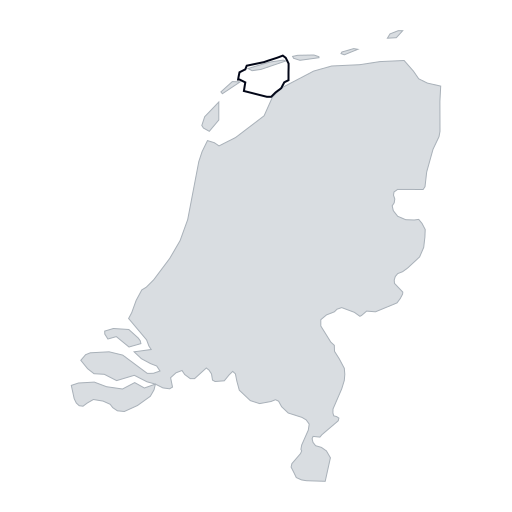 Terschelling, Netherlands (highlighted)
{"feature_id": "6326949B18188251014258", "entity_name": "Terschelling", "entity_type": "district", "adm_level": 2, "iso_a3": "NLD", "parent_name": "Netherlands", "parent_adm1": "", "projection": "mercator", "projection_center": [5.382, 53.344], "detail": "fine", "context": "in_parent", "style": "outline", "palette": "ink", "viewbox_px": 512, "rotation_deg": 0, "n_neighbors": 0, "source": "geoboundaries", "source_scale": "gbopen_adm2", "svg_char_len": 3476}
<svg xmlns="http://www.w3.org/2000/svg" viewBox="0 0 512 512"><path d="M325.2,481.3L315.4,481.0L306.3,480.7L301.5,479.9L296.3,477.6L294.0,472.8L291.1,467.1L291.9,463.6L300.5,453.6L301.7,450.9L300.9,449.4L301.7,445.0L308.3,430.1L309.2,424.1L306.2,419.9L302.0,417.4L288.2,413.0L281.6,406.7L278.6,401.2L275.5,399.7L271.0,401.5L259.6,403.6L250.3,400.6L239.3,390.2L236.8,380.9L235.4,373.8L232.7,371.4L229.0,375.0L224.3,380.8L215.1,381.5L212.5,380.1L212.0,376.9L211.5,373.9L209.0,370.1L206.3,368.0L194.6,378.6L190.2,378.6L184.7,374.5L182.0,370.5L176.0,372.8L170.6,377.7L172.5,387.1L169.6,388.8L162.9,387.9L155.4,384.1L147.0,381.8L134.3,375.3L116.6,380.6L104.3,374.3L94.0,373.7L87.6,368.7L80.8,360.3L85.6,354.7L90.3,352.8L109.1,351.8L122.7,355.1L147.3,373.4L153.4,373.3L160.0,371.0L156.7,366.0L150.5,363.6L141.4,358.7L134.1,351.8L151.2,349.5L148.9,346.0L146.6,339.9L128.6,318.5L131.7,312.7L136.2,300.3L141.8,289.9L146.3,287.2L153.7,279.8L169.8,258.3L180.1,240.6L187.7,219.6L198.8,161.6L202.1,151.6L207.5,140.6L214.3,142.7L219.0,145.9L235.6,137.5L264.1,115.8L272.5,97.0L280.8,88.3L313.6,71.1L331.7,66.0L359.7,64.7L379.9,61.6L404.1,60.5L413.4,71.1L418.7,78.8L427.4,83.1L440.7,86.1L439.9,101.3L440.0,131.3L439.0,136.7L433.0,149.3L426.7,171.9L425.0,186.7L423.1,189.5L397.6,189.4L394.0,192.0L393.5,195.2L394.8,199.0L394.2,202.8L392.2,205.8L393.3,210.7L397.7,216.3L405.7,219.7L414.3,220.0L418.7,219.4L422.0,223.4L425.2,229.5L424.9,237.1L423.7,247.4L419.6,256.9L407.9,267.8L402.6,271.7L397.7,273.6L395.3,276.5L394.2,280.1L394.5,283.4L402.8,292.1L402.6,294.1L400.2,298.6L397.0,302.9L375.5,311.8L366.6,311.1L361.5,315.5L359.9,316.3L354.3,312.3L341.7,307.6L337.0,309.2L334.4,311.8L326.5,314.9L320.8,319.7L320.8,326.0L330.8,342.1L334.3,345.3L334.5,351.3L339.3,358.9L344.3,368.3L344.8,374.3L344.3,380.4L341.7,388.9L333.0,409.0L332.9,412.9L333.7,415.8L336.6,416.6L338.9,418.1L338.2,420.8L322.0,434.6L319.9,437.1L313.1,436.4L312.1,438.7L313.0,442.4L315.6,445.7L321.4,447.4L326.4,450.9L330.4,457.8L325.2,481.3ZM155.4,384.1L154.0,389.9L150.3,396.3L137.5,405.5L124.3,411.5L117.4,410.8L112.7,407.6L110.2,404.3L103.1,401.1L93.4,399.5L87.3,403.0L83.0,406.2L79.2,405.7L76.3,403.0L74.2,398.7L71.3,385.4L78.5,383.0L94.3,382.1L106.5,386.7L122.5,389.0L134.7,382.6L144.4,388.0L155.4,384.1ZM128.8,329.5L138.2,338.0L140.2,340.7L140.9,343.6L129.0,347.0L116.3,336.6L107.9,339.0L104.8,334.1L104.7,331.1L113.4,328.5L128.8,329.5ZM218.8,120.0L209.3,131.3L203.5,128.1L201.8,125.5L204.7,116.7L218.8,102.0L218.8,120.0ZM261.0,69.4L252.1,70.7L248.0,68.5L269.6,62.1L283.2,60.1L285.7,61.0L261.0,69.4ZM319.0,57.7L300.0,60.3L293.6,58.3L292.6,56.4L297.7,55.3L313.9,55.0L318.9,56.7L319.0,57.7ZM240.1,81.9L222.4,93.7L220.9,91.9L232.3,81.6L240.1,81.9ZM396.3,37.7L387.4,38.2L390.0,33.9L398.2,30.7L402.7,30.7L396.3,37.7ZM357.8,49.3L344.3,54.8L341.0,53.6L341.9,52.0L353.7,48.6L357.8,49.3Z" fill="#d9dde1" stroke="#a8b0b8" stroke-width="1"/><path d="M282.8,55.6L279.2,57.0L277.0,57.8L272.7,59.2L268.3,60.6L264.0,62.1L262.6,62.4L261.1,62.7L253.9,64.2L246.7,65.7L245.3,69.4L244.0,70.0L239.5,72.3L238.7,76.2L238.1,79.5L239.5,79.5L241.7,80.6L242.5,81.0L245.3,82.4L244.8,85.3L244.4,87.9L243.9,91.0L247.5,91.9L251.1,92.8L255.4,93.9L259.7,95.0L263.3,95.9L266.9,96.8L271.2,96.8L273.4,94.6L275.5,92.5L278.4,90.3L279.3,89.7L281.3,88.1L282.7,85.2L282.8,85.2L284.2,82.4L285.6,81.6L287.1,80.9L288.5,80.2L288.5,76.1L288.5,71.9L288.6,67.7L288.6,63.6L287.7,61.8L287.6,61.5L285.7,57.8L282.8,55.6Z" fill="none" stroke="#020617" stroke-width="2"/></svg>